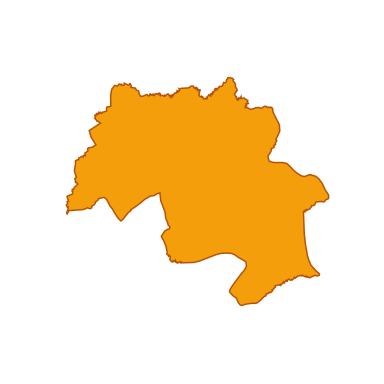 Sakhrai, Nong Khai, Thailand, rotated 245°
{"feature_id": "78962969B97466858782755", "entity_name": "Sakhrai", "entity_type": "district", "adm_level": 2, "iso_a3": "THA", "parent_name": "Thailand", "parent_adm1": "Nong Khai", "projection": "robinson", "projection_center": [102.714, 17.678], "detail": "fine", "context": "isolated", "style": "filled", "palette": "amber", "viewbox_px": 384, "rotation_deg": 245, "n_neighbors": 0, "source": "geoboundaries", "source_scale": "gbopen_adm2", "svg_char_len": 6049}
<svg xmlns="http://www.w3.org/2000/svg" viewBox="0 0 384 384"><g transform="rotate(245 192 192)"><path d="M234.0,300.4L234.5,299.7L235.7,299.3L235.7,298.0L236.7,297.1L236.8,295.7L237.8,295.7L239.0,294.2L238.6,290.3L238.8,289.5L240.2,288.5L241.5,285.4L241.4,283.0L242.0,280.6L242.9,279.2L245.8,277.5L245.8,275.9L247.2,276.3L247.5,278.2L249.0,278.0L249.1,278.5L248.3,279.9L248.5,280.6L250.4,280.1L251.3,281.3L253.8,279.5L255.1,279.1L256.0,276.1L257.7,276.7L256.4,275.0L257.5,274.3L257.6,273.9L257.2,273.4L256.0,273.2L255.7,272.3L256.1,271.9L257.9,272.2L258.8,271.7L259.4,272.5L260.5,272.0L263.0,271.9L263.3,273.1L264.1,274.3L264.6,274.4L264.9,275.9L266.6,276.2L269.1,275.8L270.9,276.8L273.4,276.9L275.0,276.1L276.0,276.4L276.4,277.2L277.1,277.0L278.0,276.6L279.6,274.5L280.4,272.6L279.5,271.9L279.2,270.9L277.4,269.5L277.0,268.3L277.2,267.3L277.8,267.0L277.2,266.1L276.1,265.5L275.2,264.0L276.1,261.3L275.3,261.0L275.4,259.9L274.7,259.1L275.3,258.0L274.1,257.6L274.9,257.1L275.8,257.2L275.8,256.5L275.4,256.0L274.2,255.8L274.1,254.4L273.5,253.8L273.8,253.1L272.8,252.9L273.2,252.1L273.0,251.6L271.8,251.7L272.0,250.8L272.8,250.2L271.1,249.5L273.0,248.4L271.9,246.5L271.6,245.2L270.8,245.5L270.2,244.9L270.4,244.0L270.9,243.9L271.6,241.8L272.9,242.0L273.4,241.4L274.0,241.7L274.1,240.8L274.9,240.9L274.9,239.8L275.6,239.4L277.1,239.4L278.1,240.2L278.7,240.2L279.4,241.2L280.5,241.3L280.6,242.4L280.9,242.5L281.3,242.3L281.4,241.6L282.0,241.0L281.8,240.0L283.7,240.8L284.0,240.4L283.5,239.2L283.9,239.1L284.9,239.9L285.3,237.9L286.1,237.8L287.0,238.2L287.5,237.9L288.5,235.4L288.0,234.5L287.9,232.6L290.6,225.8L290.2,224.5L291.0,223.9L289.6,223.8L289.0,222.8L289.7,222.0L288.4,221.3L288.6,220.9L289.7,220.9L288.3,219.2L289.0,218.5L288.5,217.0L287.4,216.1L288.5,215.3L288.5,213.7L287.5,214.0L287.7,215.0L287.2,215.0L286.3,213.6L286.3,212.7L286.7,212.5L287.4,212.9L289.1,211.9L290.0,212.3L291.1,211.7L290.8,209.0L291.2,208.2L290.3,208.2L290.1,207.8L292.3,205.7L292.6,204.1L294.4,204.8L295.5,204.1L295.5,203.2L294.5,202.9L296.3,201.2L296.2,200.2L295.3,198.6L295.9,197.7L296.9,198.5L297.2,197.7L297.0,195.9L298.2,195.9L298.6,195.5L298.4,194.8L297.5,194.3L297.2,193.5L297.7,192.9L299.4,192.3L299.7,189.3L299.4,188.7L300.3,186.0L303.0,185.5L306.0,186.4L307.8,184.6L310.1,184.6L312.5,181.0L313.1,181.0L313.9,181.8L316.3,181.7L316.5,181.1L315.8,180.6L315.6,179.9L316.5,178.7L319.3,176.6L317.7,175.6L317.5,175.0L318.1,174.0L319.5,173.7L319.3,172.5L320.4,172.1L320.6,171.3L319.5,168.9L321.3,167.0L319.3,163.1L317.6,161.6L313.5,158.9L304.0,154.6L304.9,150.4L301.4,148.8L302.1,144.5L301.3,143.3L302.2,142.6L302.8,142.8L302.4,140.6L303.5,141.0L303.0,140.1L302.2,139.6L302.2,139.1L303.3,138.8L302.9,138.0L302.2,137.8L302.7,137.2L302.6,136.4L300.6,136.1L300.0,134.9L297.4,135.8L296.5,135.7L295.8,136.9L294.1,137.4L293.1,138.2L291.1,124.8L284.3,123.7L275.4,124.9L274.7,120.4L275.7,117.6L275.7,116.4L275.1,115.6L273.2,115.0L272.5,111.3L270.0,110.7L270.9,109.2L269.9,108.2L270.5,108.2L270.9,106.8L270.5,105.8L270.6,103.6L269.2,103.0L269.6,102.3L269.5,99.5L267.0,98.5L261.0,94.4L254.0,93.3L253.6,91.4L250.8,91.0L250.5,90.5L249.3,90.8L249.3,91.5L247.4,91.9L245.9,87.3L244.5,85.8L245.0,84.6L243.2,83.6L242.8,84.1L240.7,82.8L240.9,77.5L240.6,76.7L235.8,76.2L235.8,74.6L233.9,74.4L233.4,72.6L230.8,72.6L230.7,73.4L228.4,72.1L226.4,69.8L225.6,69.5L224.9,69.6L227.1,72.6L221.9,86.4L221.8,90.7L220.0,92.3L219.9,94.1L220.1,94.6L221.5,95.0L221.9,98.3L222.6,99.4L223.8,100.1L223.8,101.5L224.3,102.9L224.7,104.0L225.5,104.5L224.3,110.0L221.4,111.5L214.6,111.7L210.5,112.6L200.1,113.8L195.9,115.2L196.2,117.4L200.4,125.9L201.0,128.8L201.9,129.2L202.2,132.4L203.8,140.7L205.3,146.1L205.9,152.3L204.8,156.1L205.2,159.3L204.7,162.5L197.4,160.0L185.3,159.1L179.3,157.1L174.7,156.9L172.0,156.4L169.9,157.2L169.0,156.9L168.3,155.8L168.5,153.2L168.1,150.8L164.9,145.6L164.5,145.4L159.4,145.8L153.4,145.4L148.0,144.1L146.4,142.9L145.2,143.4L144.4,144.5L143.9,143.6L143.5,143.6L143.7,144.5L142.7,145.2L140.3,143.4L138.7,143.6L137.0,144.4L137.6,145.1L137.5,145.7L136.7,146.0L137.4,148.0L136.9,147.9L136.3,147.2L136.0,148.1L135.2,147.7L134.8,148.6L134.1,148.4L133.6,149.4L134.0,150.9L133.7,151.2L133.8,151.7L133.4,152.1L132.8,151.8L132.8,152.5L132.4,152.2L127.5,163.5L126.2,170.0L125.1,186.9L124.3,191.8L122.3,197.1L119.6,201.9L117.2,204.1L113.5,206.2L106.4,211.1L105.4,211.2L102.2,210.2L100.7,208.9L98.8,206.0L96.6,201.1L89.5,188.2L87.6,185.4L86.1,184.1L85.4,183.8L80.9,185.2L77.2,187.3L72.0,187.3L69.7,187.8L68.6,188.5L68.0,189.7L67.7,193.0L65.9,199.1L64.2,202.7L64.0,204.2L65.2,209.3L66.9,213.3L66.5,214.3L66.8,214.9L67.3,215.0L67.3,215.7L68.3,216.4L67.9,217.2L68.0,218.4L68.4,218.8L67.9,219.6L68.1,220.4L67.6,221.0L68.2,221.6L68.0,222.4L68.4,223.3L69.4,223.3L69.7,225.5L70.6,226.5L70.6,227.3L71.9,227.8L71.0,231.8L70.0,232.6L70.6,232.9L70.3,233.8L70.8,233.8L70.7,234.9L71.2,235.7L70.8,236.6L71.5,236.2L71.9,237.0L71.3,237.2L71.1,237.7L72.0,239.7L71.4,239.5L70.8,240.5L71.7,241.4L72.1,242.9L70.5,243.9L70.5,245.3L69.9,245.4L70.5,247.7L71.1,248.0L71.5,248.7L70.2,249.4L71.1,251.5L70.8,251.9L71.0,252.1L70.6,255.1L69.6,255.8L70.0,256.9L68.0,258.1L67.8,259.1L66.9,259.3L67.2,260.2L66.8,260.8L66.4,261.1L66.0,260.7L64.5,262.6L64.6,267.9L62.9,270.1L62.7,271.9L63.3,272.7L64.5,272.7L68.6,270.9L75.0,268.9L80.4,269.0L85.3,269.7L95.9,272.5L106.0,275.8L127.3,284.8L127.3,285.3L126.7,285.7L127.4,285.8L127.5,286.4L127.0,286.7L127.4,287.3L126.8,287.6L127.3,288.1L126.9,288.1L126.9,291.6L128.1,293.9L128.5,293.9L129.1,294.7L128.4,295.9L128.4,297.6L130.6,300.1L128.7,305.3L127.3,307.1L127.6,308.7L128.4,309.8L128.3,312.8L130.2,314.0L131.9,314.5L138.2,313.6L145.0,313.6L150.3,312.5L153.8,310.9L158.0,306.2L158.4,300.8L160.1,298.2L163.6,295.8L168.2,293.4L172.5,292.1L177.1,290.3L178.2,289.5L180.6,286.2L183.7,279.5L185.4,276.8L187.3,275.1L190.2,275.3L192.9,276.3L193.7,278.4L194.8,279.5L195.0,280.3L197.0,282.0L197.8,282.1L197.7,285.3L199.6,285.7L199.6,287.7L201.3,288.4L202.7,290.6L204.0,290.2L210.1,297.3L216.0,299.6L230.2,299.2L234.0,300.4Z" fill="#f59e0b" stroke="#b45309" stroke-width="1.5"/></g></svg>